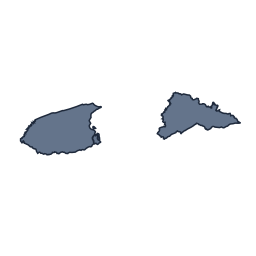 outline of Sucre, Manabi, Ecuador, rotated 56°
{"feature_id": "8360857B16036105102773", "entity_name": "Sucre", "entity_type": "district", "adm_level": 2, "iso_a3": "ECU", "parent_name": "Ecuador", "parent_adm1": "Manabi", "projection": "natural_earth1", "projection_center": [-80.333, -0.56], "detail": "fine", "context": "isolated", "style": "filled", "palette": "slate", "viewbox_px": 256, "rotation_deg": 56, "n_neighbors": 0, "source": "geoboundaries", "source_scale": "gbopen_adm2", "svg_char_len": 5767}
<svg xmlns="http://www.w3.org/2000/svg" viewBox="0 0 256 256"><g transform="rotate(56 128 128)"><path d="M76.9,223.1L78.6,224.3L81.0,224.2L81.1,223.0L80.8,222.6L80.2,222.5L80.3,221.9L81.7,222.0L82.7,222.5L83.0,222.0L83.8,221.6L86.3,220.1L88.9,219.5L90.1,218.1L91.0,218.3L92.9,217.4L93.0,216.9L94.2,216.2L96.3,216.9L98.5,217.0L98.4,215.1L99.1,214.5L100.2,214.4L100.9,213.4L102.5,212.6L102.7,212.2L102.6,211.5L103.2,210.9L104.4,210.1L105.0,210.1L105.4,208.8L105.9,208.6L106.1,207.6L106.6,206.6L106.4,204.5L106.0,204.2L107.0,203.0L107.1,202.5L106.8,202.1L108.3,200.9L109.4,201.1L110.2,199.8L110.7,199.7L110.5,197.5L110.6,196.9L111.0,196.3L111.0,195.7L112.0,195.2L112.4,194.4L114.3,193.7L115.5,192.2L115.3,191.8L115.5,190.0L116.9,188.2L118.5,185.2L118.6,182.3L119.1,180.9L119.1,180.2L120.3,179.4L120.2,178.6L120.6,177.5L121.6,176.7L121.8,176.0L121.5,173.9L121.6,171.4L122.1,169.9L122.7,169.5L122.9,168.9L122.8,168.1L122.3,167.6L122.0,166.4L122.0,165.2L119.1,163.8L117.5,163.7L116.2,163.1L115.4,161.7L114.9,159.7L112.8,157.1L111.2,157.3L110.2,157.8L108.8,159.0L107.8,159.4L106.7,159.6L105.3,159.3L104.3,158.7L103.2,156.3L100.7,156.2L100.0,155.9L98.6,152.8L97.3,152.1L95.7,150.8L95.3,149.3L95.4,148.3L95.1,146.4L95.3,145.4L94.9,143.6L95.4,142.8L95.4,140.8L95.8,139.2L95.8,138.7L95.3,138.4L95.0,138.6L94.3,140.2L93.2,141.3L90.8,142.7L89.3,143.2L88.5,143.1L87.6,143.6L86.8,146.9L86.0,148.5L84.9,149.4L83.7,152.1L82.9,152.4L81.5,158.6L79.5,165.9L77.6,171.6L76.9,172.7L75.4,178.4L74.8,180.0L73.6,181.6L72.9,183.1L72.4,186.1L70.4,194.4L69.3,200.5L69.6,200.9L70.3,200.8L70.5,201.0L70.5,201.3L70.1,201.8L70.5,202.3L71.0,202.5L70.2,202.8L70.8,203.0L71.1,203.6L70.1,203.3L70.1,203.6L70.6,203.6L70.7,204.0L70.5,204.5L70.1,204.7L70.6,204.8L70.9,206.1L71.5,206.1L71.4,206.5L70.8,206.6L71.1,207.3L71.8,206.7L72.1,207.2L71.7,208.2L71.1,208.8L71.8,209.0L71.5,209.4L72.0,209.7L72.2,210.1L71.8,210.1L71.7,210.3L72.3,210.8L72.0,211.4L72.1,211.8L72.6,211.4L72.5,212.5L72.8,212.2L73.3,212.5L73.4,212.0L73.8,212.4L74.1,213.3L74.0,214.1L74.3,214.3L74.2,214.7L74.5,214.8L74.4,215.1L74.7,215.5L74.3,215.8L74.8,216.1L74.8,215.8L75.3,216.0L74.7,216.4L75.3,216.9L75.2,217.5L75.8,218.2L76.5,218.0L76.7,218.7L77.0,218.8L76.6,219.9L76.8,220.2L76.8,221.2L77.2,221.4L76.9,221.9L77.0,222.4L76.9,223.1ZM186.7,31.7L185.8,32.5L184.8,32.7L184.2,33.3L181.7,32.8L180.7,33.2L180.3,33.1L179.9,33.6L179.2,34.1L178.3,34.0L178.2,33.7L176.4,33.9L176.0,34.3L175.8,34.9L175.1,35.4L175.2,35.8L173.0,35.2L172.5,36.1L172.4,37.3L170.8,38.5L169.9,39.7L169.7,40.2L169.2,40.4L168.8,41.0L165.3,43.0L164.1,41.9L163.9,42.7L163.9,44.2L163.4,45.1L162.5,45.3L162.3,45.1L162.2,44.4L161.9,44.3L161.0,42.6L160.7,42.6L160.7,42.1L160.0,41.1L159.3,41.6L159.1,41.4L158.8,42.1L158.3,42.2L157.2,43.1L157.2,42.6L156.2,42.6L155.5,43.2L155.6,42.7L154.9,42.7L154.8,43.0L155.0,43.3L154.4,43.1L154.3,43.4L155.9,44.7L156.0,45.4L156.5,45.8L156.5,46.9L158.1,47.3L158.1,47.6L157.6,48.1L157.1,48.2L157.4,47.5L156.8,47.5L156.5,48.3L155.5,49.4L154.7,49.4L154.8,50.5L154.2,51.0L151.8,50.8L150.4,51.5L149.6,52.6L149.6,53.4L148.3,55.4L146.6,55.4L146.2,54.6L145.4,54.0L144.3,54.0L143.0,53.3L141.8,54.4L141.9,55.3L141.4,57.8L140.8,58.4L140.4,58.7L139.4,58.2L138.4,58.9L137.8,58.9L136.7,58.3L135.0,58.7L133.9,60.1L130.9,62.8L130.4,65.1L129.3,65.2L128.5,65.9L128.3,66.5L127.0,66.9L125.7,68.6L125.2,68.7L125.4,69.1L125.0,69.5L124.6,71.1L126.2,72.1L125.9,72.3L126.0,73.2L126.8,73.5L127.0,73.3L127.2,73.6L126.9,74.4L127.1,75.4L127.6,75.4L127.7,76.2L127.6,76.6L128.0,77.2L127.7,77.6L128.0,78.1L127.5,78.9L127.6,79.5L128.2,79.4L128.8,78.6L129.3,78.7L129.4,79.2L130.3,78.9L130.6,79.1L130.8,78.9L131.6,79.0L131.4,79.7L131.7,79.7L131.6,80.0L132.4,80.5L132.2,80.9L132.6,82.2L132.6,83.2L133.0,83.5L133.3,84.5L133.1,85.5L132.8,85.7L133.1,86.1L133.2,85.8L133.8,85.7L133.8,86.1L134.0,86.1L133.8,86.4L134.1,86.6L133.9,86.8L134.1,87.1L133.9,87.4L134.4,87.5L134.6,88.4L135.0,88.6L134.8,89.0L135.3,89.1L135.1,89.4L135.4,91.4L135.2,92.3L136.0,92.7L136.0,93.1L136.4,93.0L136.4,92.6L137.0,93.0L137.6,92.5L138.6,92.7L139.0,93.4L139.5,93.5L139.5,94.4L139.8,94.1L140.5,94.0L140.5,94.3L141.3,94.5L142.1,95.6L143.3,95.3L144.0,94.1L144.6,94.6L145.6,95.7L146.0,95.3L146.6,95.7L147.3,95.7L147.7,96.7L146.6,97.6L146.6,98.8L146.1,99.7L145.7,101.9L146.2,102.7L147.2,102.8L148.0,103.8L148.5,105.9L149.1,106.9L151.5,105.9L152.4,105.9L153.5,105.2L154.2,105.6L154.6,104.3L155.1,103.8L155.8,103.8L156.8,104.6L157.6,104.0L157.4,102.9L157.8,102.1L157.8,101.3L157.5,99.8L158.1,98.1L157.6,95.6L158.6,90.9L158.2,90.4L158.3,89.7L158.0,88.8L159.1,88.3L160.5,86.8L161.8,87.2L161.8,86.6L162.2,86.7L161.9,85.3L162.0,85.0L161.8,82.6L162.1,82.1L162.1,79.2L162.6,75.4L162.7,71.9L162.4,71.2L162.8,69.6L162.5,69.3L162.4,68.5L164.0,67.3L164.7,67.4L165.2,66.8L166.1,66.5L166.9,65.9L167.1,65.2L168.2,64.9L168.9,64.2L170.4,63.9L171.3,64.3L172.2,64.3L172.5,63.7L172.8,63.8L173.0,63.5L173.9,63.4L174.0,63.0L174.3,62.7L174.7,59.8L174.2,58.5L174.0,57.2L174.4,56.4L175.4,55.5L175.8,55.5L178.9,51.8L179.4,49.9L180.5,49.4L181.3,48.6L181.5,48.2L181.6,45.9L182.1,44.4L181.8,42.6L181.9,40.9L183.2,38.5L183.9,36.4L186.1,33.3L186.7,31.7ZM119.0,158.9L118.5,158.1L117.4,157.9L115.6,157.2L115.6,158.2L116.0,158.9L115.4,158.8L115.3,159.9L115.5,161.0L116.3,162.8L117.5,163.4L119.2,163.5L122.0,164.9L122.5,164.7L122.7,163.1L123.7,162.9L124.6,162.4L124.6,161.5L124.3,160.3L124.5,158.8L124.3,158.5L122.3,158.7L121.2,159.4L119.9,159.4L119.0,158.9ZM117.1,155.6L116.3,155.6L115.4,156.4L116.7,157.4L118.7,157.9L119.5,158.9L121.0,159.1L122.1,158.5L121.8,158.0L120.0,157.0L118.9,156.7L117.1,155.6ZM109.1,157.1L109.4,156.9L109.4,156.1L109.0,156.0L108.3,155.4L107.3,156.0L107.4,156.4L108.1,156.9L109.1,157.1ZM109.4,156.0L110.0,155.7L110.1,155.0L108.6,155.3L108.9,155.8L109.4,156.0Z" fill="#64748b" stroke="#1e293b" stroke-width="1.5"/></g></svg>